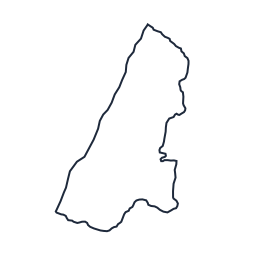 Tel Aviv, Tel Aviv, Israel, rotated 8°
{"feature_id": "584046B34315111222202", "entity_name": "Tel Aviv", "entity_type": "district", "adm_level": 2, "iso_a3": "ISR", "parent_name": "Israel", "parent_adm1": "Tel Aviv", "projection": "albers", "projection_center": [34.824, 32.095], "detail": "fine", "context": "isolated", "style": "outline", "palette": "slate", "viewbox_px": 256, "rotation_deg": 8, "n_neighbors": 0, "source": "geoboundaries", "source_scale": "gbopen_adm2", "svg_char_len": 1987}
<svg xmlns="http://www.w3.org/2000/svg" viewBox="0 0 256 256"><g transform="rotate(8 128 128)"><path d="M68.1,220.7L69.0,221.7L73.8,222.8L76.1,222.8L78.6,223.7L79.9,225.7L81.6,227.6L85.6,227.5L87.1,228.4L91.0,229.1L92.9,228.4L95.5,227.2L98.6,226.7L100.8,227.7L101.9,229.6L104.2,231.1L108.2,232.2L110.0,232.5L115.0,233.3L118.2,233.3L121.6,233.1L123.9,232.0L125.9,229.6L127.9,228.1L130.4,227.2L131.5,224.6L133.2,223.1L134.4,221.8L135.3,217.9L136.2,214.0L136.9,212.5L137.4,211.6L140.2,209.9L140.9,207.4L143.3,205.6L144.0,203.7L144.8,200.6L146.4,198.6L149.2,197.3L152.2,196.7L156.1,197.1L158.0,199.4L158.8,201.2L161.8,202.0L165.3,201.9L168.1,202.8L171.0,204.6L174.7,205.9L178.8,206.1L182.0,203.7L182.5,203.3L184.4,201.7L186.8,200.7L187.7,198.5L187.9,195.8L186.0,193.2L182.9,191.5L182.3,190.4L181.4,184.4L180.9,176.8L182.0,170.5L181.0,166.3L180.1,163.0L180.9,157.1L180.6,153.9L178.0,153.7L174.9,154.3L171.7,154.3L168.7,154.7L167.1,156.0L165.5,156.2L164.6,154.4L165.8,152.7L168.5,151.5L169.4,150.3L168.7,148.3L162.9,147.8L162.2,145.5L162.6,143.4L164.9,140.9L165.5,136.4L165.5,133.9L165.8,126.5L165.4,121.9L165.4,117.6L167.5,112.9L171.6,110.8L172.7,108.2L174.1,107.1L175.9,107.9L177.1,107.9L178.8,106.4L181.2,104.5L182.1,102.6L182.1,100.5L179.9,97.7L179.1,96.0L178.5,89.3L177.4,85.0L175.7,84.1L174.8,83.0L174.1,80.4L172.6,77.5L172.6,74.6L174.9,72.7L176.8,71.7L178.0,70.2L179.1,64.8L179.0,60.5L179.0,56.2L178.6,53.1L177.1,50.5L174.2,48.9L172.9,46.3L170.3,44.7L169.3,41.9L167.3,41.5L164.0,40.2L162.1,38.4L160.7,37.6L159.4,36.9L157.7,36.0L156.8,33.9L154.8,33.2L151.8,32.5L148.8,30.4L147.2,28.6L144.0,28.1L139.7,27.1L138.6,25.3L133.1,22.7L132.9,23.4L129.9,29.3L128.4,37.7L123.7,44.6L122.9,51.8L118.8,58.5L117.6,65.7L118.0,72.9L115.5,81.3L113.7,88.8L110.2,96.6L108.3,105.2L105.3,113.0L101.6,118.1L99.1,124.9L98.5,132.9L95.6,144.3L91.9,154.4L88.9,162.6L82.1,168.5L76.5,178.9L75.7,186.5L74.9,195.7L73.5,200.7L71.4,209.9L68.7,218.9L68.1,220.7Z" fill="none" stroke="#1e293b" stroke-width="2"/></g></svg>